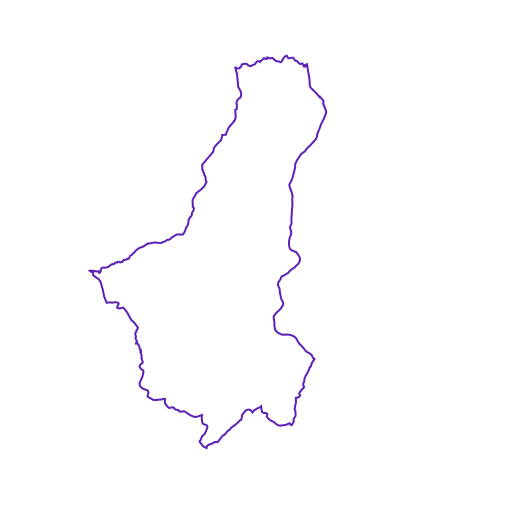 the district of Bania, Caras-Severin, Romania, rotated 38°
{"feature_id": "2599482B2316424382008", "entity_name": "Bania", "entity_type": "district", "adm_level": 2, "iso_a3": "ROU", "parent_name": "Romania", "parent_adm1": "Caras-Severin", "projection": "orthographic", "projection_center": [22.097, 44.811], "detail": "fine", "context": "isolated", "style": "outline", "palette": "violet", "viewbox_px": 512, "rotation_deg": 38, "n_neighbors": 0, "source": "geoboundaries", "source_scale": "gbopen_adm2", "svg_char_len": 6120}
<svg xmlns="http://www.w3.org/2000/svg" viewBox="0 0 512 512"><g transform="rotate(38 256 256)"><path d="M134.2,370.0L135.4,370.0L137.9,369.3L139.4,371.3L140.8,371.5L145.8,371.1L149.1,371.9L151.1,373.2L153.3,375.0L155.5,376.4L161.4,381.5L167.1,384.8L169.2,382.6L171.6,381.2L172.9,379.6L175.1,378.1L176.8,377.8L177.4,378.7L177.6,380.1L178.3,382.2L178.9,382.2L180.6,381.6L182.9,378.6L183.8,378.5L188.7,379.6L197.0,383.2L201.1,383.5L207.0,385.1L207.6,386.7L207.6,388.2L208.4,390.0L208.5,391.3L209.0,392.0L210.9,393.3L211.3,393.9L211.3,394.5L212.4,395.5L214.8,396.6L215.1,397.6L215.0,398.4L215.4,398.9L216.3,398.0L217.0,397.9L219.6,399.1L220.8,400.2L222.5,400.8L222.2,401.2L222.5,401.4L223.4,401.2L224.1,401.9L223.9,402.5L224.0,402.9L224.8,403.0L225.3,403.6L227.1,404.8L228.6,406.9L232.2,409.4L232.2,411.0L231.8,412.3L231.8,413.9L232.3,414.8L233.5,415.4L235.5,415.8L237.5,415.6L238.4,416.2L240.6,420.5L242.5,427.8L243.9,429.4L245.4,430.0L246.9,430.2L248.6,430.1L253.6,428.7L255.3,429.6L256.5,432.8L257.4,433.6L264.0,432.5L265.4,431.4L270.4,426.7L271.2,425.2L272.3,424.7L274.5,427.8L275.7,428.4L279.7,429.3L280.7,429.3L281.1,429.2L283.4,426.7L284.2,426.1L286.1,426.6L288.0,426.2L289.5,425.2L290.6,425.6L291.7,425.5L292.7,425.0L294.6,422.9L295.6,422.4L302.4,421.9L306.8,420.6L308.8,418.6L311.3,414.6L312.8,416.9L314.8,419.0L316.9,420.7L318.6,420.7L321.1,419.7L322.8,420.4L323.3,421.3L324.5,425.1L325.1,427.9L324.6,430.5L324.6,431.6L325.7,435.5L325.5,436.5L326.2,437.1L327.8,437.6L332.1,438.5L335.3,437.8L334.3,436.0L335.2,433.4L335.7,432.5L336.3,432.0L338.2,427.8L339.9,426.6L340.4,426.0L340.3,418.5L341.5,415.1L341.2,412.7L341.7,410.2L342.2,409.6L342.2,406.6L343.0,403.4L343.5,402.4L343.8,400.8L344.4,397.3L344.3,395.9L345.0,394.8L345.1,394.2L344.3,392.0L342.9,389.9L342.9,384.3L343.8,382.6L344.9,381.5L346.1,380.8L346.9,380.8L349.6,381.4L349.5,378.5L350.3,377.0L350.9,375.1L352.4,372.8L352.5,371.3L356.5,375.0L357.2,375.2L358.5,375.0L360.5,373.7L361.9,373.4L362.6,374.4L363.2,375.9L365.3,376.5L368.5,376.6L372.6,375.8L374.4,376.0L377.4,375.9L379.3,374.9L381.8,372.6L383.8,370.2L385.4,367.1L385.7,367.1L386.6,367.6L387.9,367.5L388.2,367.4L388.3,366.6L387.9,365.3L387.8,363.5L385.9,361.1L385.7,357.9L385.1,356.9L383.1,354.7L382.8,354.1L380.5,352.7L377.3,346.2L375.6,344.5L374.8,343.0L375.7,342.4L376.3,341.4L376.8,340.1L376.6,338.8L374.7,337.8L374.4,336.4L374.3,332.7L374.8,329.9L372.6,328.5L371.6,327.2L371.4,325.6L369.6,322.6L369.5,321.6L368.7,319.5L368.8,317.4L368.2,315.7L367.9,313.5L367.7,312.6L366.9,311.2L366.8,310.6L367.2,309.6L367.2,309.2L365.9,306.0L365.7,303.7L365.7,302.2L365.4,301.1L364.5,301.5L360.5,299.7L357.8,299.8L355.1,300.3L353.6,300.2L348.6,299.0L343.6,298.4L338.2,296.1L335.9,295.9L332.2,296.8L329.9,298.0L325.5,301.6L323.9,302.3L320.2,303.1L316.9,302.5L314.9,301.0L313.0,299.1L311.6,297.2L307.9,293.8L307.0,292.2L307.0,288.3L307.8,283.6L307.9,282.4L307.5,278.4L306.9,276.9L305.9,275.9L303.5,274.9L301.4,273.6L296.5,269.3L294.9,267.4L291.6,265.7L290.3,264.1L289.8,262.6L289.6,259.2L289.1,257.9L288.8,256.4L290.3,253.4L291.8,249.2L291.7,247.8L292.5,243.8L293.6,241.2L293.5,239.7L294.2,235.6L293.3,232.6L292.7,231.4L291.4,230.2L289.1,229.3L285.3,228.2L279.8,229.7L278.1,229.3L276.1,227.8L274.2,225.8L272.6,223.4L271.2,220.5L270.3,217.4L269.5,215.9L268.2,214.7L266.7,213.8L265.1,212.3L264.5,210.8L264.3,209.2L263.6,208.0L261.3,205.3L255.1,196.3L253.8,194.0L249.3,188.5L248.0,186.3L245.0,183.9L239.8,180.7L238.3,179.2L237.7,175.7L236.3,171.1L232.4,162.3L230.3,159.4L229.3,155.0L228.8,148.0L230.0,143.7L230.0,138.7L230.6,135.7L231.2,127.4L230.6,124.4L229.1,122.0L227.8,117.0L226.2,112.2L225.1,106.5L223.2,100.1L221.8,98.4L215.1,94.6L214.1,92.6L213.2,92.1L208.3,91.1L208.3,91.7L203.5,90.6L196.1,89.8L194.5,89.3L191.8,86.9L191.4,86.1L188.9,83.4L178.1,73.5L177.0,75.2L178.4,76.1L177.4,77.2L174.0,75.7L172.7,77.5L172.2,77.6L169.8,77.6L168.8,77.0L166.2,77.9L163.9,77.0L162.9,77.0L160.2,80.0L159.3,80.2L157.1,79.2L155.9,80.9L155.9,83.0L156.5,87.5L155.9,88.4L154.5,88.5L152.3,89.9L149.9,90.1L147.5,89.7L146.3,90.5L145.4,91.8L144.6,91.8L142.6,92.6L143.2,94.2L142.1,95.0L140.5,95.0L140.0,98.1L140.0,98.6L139.7,99.2L139.7,100.7L138.3,100.7L137.5,101.4L136.9,102.4L136.9,103.7L137.2,105.0L136.7,106.2L135.7,107.7L135.1,109.5L132.9,110.6L130.9,110.3L128.7,111.4L128.2,112.2L127.0,113.5L127.0,114.4L127.6,115.5L127.6,116.1L127.3,116.6L127.4,118.2L125.2,120.4L124.0,119.9L123.7,120.4L125.8,121.7L126.7,122.8L128.3,123.7L129.3,124.6L135.6,131.2L137.7,133.6L142.2,135.5L143.6,136.5L144.9,137.9L145.8,139.3L146.1,140.5L145.4,143.0L145.4,144.1L145.7,145.6L146.3,147.4L147.6,148.6L148.1,148.9L150.3,151.9L149.7,153.6L154.5,159.1L155.1,160.3L155.8,162.8L155.8,163.3L155.5,163.5L155.8,165.1L155.5,167.5L155.6,167.8L155.4,169.6L155.5,171.6L156.4,175.4L157.5,179.1L154.9,181.4L157.2,186.1L156.4,191.9L156.2,195.0L156.5,197.1L158.1,200.2L157.4,217.1L158.6,218.7L159.3,219.4L160.3,221.0L161.6,221.3L163.3,222.6L164.3,222.9L165.6,224.2L167.0,224.5L169.9,227.3L171.6,228.2L171.6,229.3L172.1,231.4L172.3,233.1L171.6,238.3L171.0,240.0L170.2,243.9L170.7,245.0L171.0,248.1L171.6,251.0L176.0,256.2L177.2,256.3L178.0,257.1L178.5,258.0L178.9,261.0L180.4,263.8L180.5,265.0L180.2,266.5L180.5,268.2L181.0,269.6L182.6,272.1L183.2,273.7L183.7,277.8L184.6,279.4L184.6,280.3L184.8,280.6L185.1,282.3L185.1,284.0L184.2,285.0L182.3,286.1L180.2,288.1L178.6,292.3L177.7,296.1L176.9,297.4L176.2,297.7L175.8,298.7L175.6,299.9L172.8,304.6L167.9,307.6L164.2,311.9L163.0,312.7L163.0,313.5L162.0,315.6L161.8,317.0L161.2,317.6L161.2,318.5L159.7,320.4L158.7,322.6L158.2,324.5L157.9,326.1L158.0,327.7L157.9,328.9L157.3,330.0L157.5,331.0L157.2,332.3L156.8,333.2L156.8,334.0L157.5,335.9L157.4,336.5L156.2,337.4L156.2,338.7L154.2,340.5L154.4,342.9L153.7,343.3L153.0,344.7L150.8,345.4L150.8,346.2L150.4,346.9L149.8,347.1L149.2,348.0L149.0,348.6L149.2,349.4L148.9,350.0L147.9,350.6L147.1,352.1L146.5,354.9L146.1,356.0L145.4,357.0L143.8,358.5L142.3,359.5L141.8,361.1L142.5,363.3L143.0,363.7L142.9,364.3L143.3,365.2L142.6,365.9L141.2,365.1L139.3,366.7L138.3,367.0L137.4,367.5L136.2,368.6L134.9,369.1L134.2,370.0Z" fill="none" stroke="#5b21b6" stroke-width="2"/></g></svg>